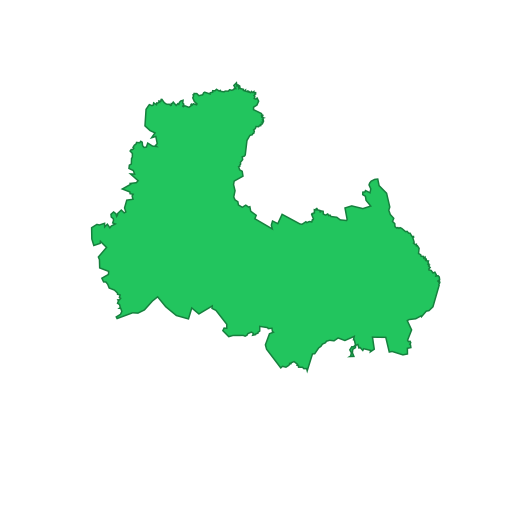 the district of Zaubes pag., Amatas, Latvia, rotated 220°
{"feature_id": "27541924B54710700451151", "entity_name": "Zaubes pag.", "entity_type": "district", "adm_level": 2, "iso_a3": "LVA", "parent_name": "Latvia", "parent_adm1": "Amatas", "projection": "orthographic", "projection_center": [25.326, 56.996], "detail": "fine", "context": "isolated", "style": "filled", "palette": "green", "viewbox_px": 512, "rotation_deg": 220, "n_neighbors": 0, "source": "geoboundaries", "source_scale": "gbopen_adm2", "svg_char_len": 6144}
<svg xmlns="http://www.w3.org/2000/svg" viewBox="0 0 512 512"><g transform="rotate(220 256 256)"><path d="M337.5,364.6L339.4,366.1L339.0,366.7L340.4,366.2L340.9,367.5L341.3,366.5L342.2,367.3L341.8,368.0L343.5,368.6L352.0,366.5L353.5,368.5L352.3,372.2L353.5,376.3L356.7,377.7L356.9,376.1L358.6,375.5L359.3,377.3L360.6,377.7L360.3,378.2L360.9,379.1L360.4,379.8L361.3,380.9L362.6,379.9L363.3,380.6L363.6,379.1L365.3,379.1L365.0,377.7L365.5,377.4L367.6,377.5L368.1,377.2L367.2,376.8L370.1,375.5L370.7,376.3L370.9,375.2L372.1,374.7L372.8,375.6L375.8,374.1L376.9,375.0L376.9,373.4L378.2,374.5L377.7,374.9L377.9,375.7L379.8,375.5L379.9,374.0L382.3,376.1L382.6,372.4L379.2,371.2L380.4,370.3L380.0,369.4L381.0,367.4L383.1,366.4L383.1,364.5L385.6,362.5L386.0,361.2L388.7,359.5L389.8,359.9L390.2,358.7L393.4,358.3L393.6,356.2L395.4,354.8L394.5,353.7L396.0,351.6L395.3,350.6L400.6,348.5L401.0,347.4L400.5,345.2L402.8,342.1L405.7,342.4L407.9,340.7L407.4,339.6L407.8,339.1L406.6,338.2L406.1,336.5L402.4,334.7L399.0,334.6L398.7,333.6L401.9,332.3L401.9,330.7L403.1,330.8L403.0,329.9L402.2,329.8L402.9,326.8L407.1,325.3L407.6,323.7L408.3,323.6L408.9,325.9L410.5,326.1L412.0,328.4L413.3,326.3L413.4,324.4L412.6,322.5L413.8,322.4L413.9,320.0L418.3,320.7L418.1,319.0L418.9,318.3L417.8,317.0L418.1,316.4L419.8,316.6L421.9,314.8L424.8,314.5L428.8,315.5L429.3,315.0L428.4,313.3L429.9,312.4L428.7,311.7L429.5,311.3L429.4,309.8L430.4,309.4L429.5,307.9L432.8,307.5L431.7,305.5L432.4,304.3L435.0,303.4L434.9,301.9L434.5,297.7L424.7,284.3L417.8,284.0L412.5,285.4L412.0,279.5L409.6,283.2L403.9,278.6L404.0,276.0L402.5,276.0L405.8,273.7L411.5,272.9L410.0,269.0L411.5,267.2L413.8,267.6L416.3,270.0L418.0,269.8L417.9,268.0L420.5,266.2L419.9,265.0L420.4,262.6L420.0,260.1L418.9,260.0L418.8,259.1L419.2,257.7L420.0,257.4L419.9,255.5L416.6,255.1L414.2,252.1L414.1,250.8L410.6,246.3L411.4,244.2L409.6,241.4L404.9,242.6L401.6,240.7L404.9,238.2L394.7,237.9L394.8,235.2L399.0,230.7L398.1,230.4L401.5,221.4L393.7,224.0L392.5,222.8L389.8,224.3L389.5,222.4L386.7,220.4L390.9,215.7L387.6,208.3L384.0,206.1L384.7,204.3L388.7,204.6L389.3,199.5L388.5,198.7L388.2,196.8L390.5,198.3L393.4,198.2L393.9,194.7L391.9,192.8L389.4,192.9L388.1,191.8L387.0,189.2L384.4,190.1L386.1,186.0L386.1,183.7L390.3,184.8L390.6,181.0L393.0,183.7L395.9,179.1L398.2,177.9L400.1,172.0L392.7,163.5L387.0,159.8L383.5,165.5L384.6,167.2L376.0,166.5L376.1,153.9L373.6,152.6L368.1,146.4L359.0,149.5L357.2,147.0L359.8,139.9L356.1,138.2L354.3,139.6L351.4,139.0L347.9,137.1L342.5,138.9L338.3,138.6L337.5,137.7L335.0,138.8L334.0,136.4L332.5,136.6L332.4,134.7L333.6,133.6L332.5,133.2L331.7,130.8L329.3,131.1L326.8,129.3L327.1,128.1L325.9,128.9L323.2,127.3L322.3,124.2L323.9,119.5L322.2,118.8L314.0,133.2L309.7,136.4L306.8,143.0L306.4,155.1L305.1,161.5L292.6,159.1L278.8,159.2L267.3,164.4L271.8,174.9L262.5,174.9L257.4,189.6L256.0,187.6L251.7,188.6L234.5,184.9L231.9,181.8L234.1,180.3L233.4,177.5L225.0,176.7L222.6,180.3L214.7,187.0L212.8,187.6L212.0,189.6L212.4,191.2L210.6,194.8L208.1,195.0L207.6,193.2L205.8,195.5L206.1,196.2L204.9,198.1L205.4,198.8L204.9,200.9L207.9,204.5L201.1,208.6L199.9,208.2L197.4,210.9L194.9,208.8L193.7,208.8L195.7,205.1L191.7,194.0L188.0,191.4L165.1,186.2L164.8,188.5L161.6,190.1L160.7,193.0L160.5,194.9L161.1,195.3L160.0,196.1L160.4,196.8L159.0,199.6L154.5,199.7L154.4,198.7L152.8,199.2L151.9,198.2L148.8,200.7L147.0,200.4L144.8,202.3L143.0,201.0L149.8,217.3L148.2,218.9L148.9,226.0L148.2,228.5L148.5,231.2L147.0,234.3L147.3,235.9L145.4,238.8L141.7,241.2L140.4,246.0L133.6,248.4L129.1,257.6L127.5,254.5L126.7,254.9L123.0,252.1L122.6,250.9L123.1,248.9L124.3,248.1L123.8,244.4L120.7,243.1L119.2,240.2L119.5,239.3L116.5,242.0L119.9,243.8L121.9,246.7L120.9,249.7L122.2,251.6L121.1,253.7L118.0,251.7L117.3,252.8L113.5,252.3L113.9,254.2L107.5,257.4L106.8,256.1L105.5,260.6L114.6,268.7L104.3,277.1L92.2,268.1L90.3,270.4L79.9,274.7L77.0,278.3L80.7,282.6L78.5,285.4L80.5,287.2L82.1,287.2L81.3,287.6L81.8,289.1L83.2,289.7L84.2,288.4L85.8,289.0L89.3,299.4L98.6,303.7L97.9,305.7L93.3,310.6L91.1,316.2L90.2,315.8L90.1,323.2L88.4,325.3L87.8,330.8L96.9,351.3L97.6,351.6L98.1,353.8L99.2,354.6L99.4,353.5L100.6,353.7L100.1,355.9L102.1,357.7L103.9,357.9L105.3,356.2L105.8,357.5L108.6,358.6L109.5,356.8L112.5,357.5L114.6,356.5L115.3,357.4L115.2,359.1L117.4,359.3L117.4,360.6L119.0,360.3L118.9,361.2L120.2,361.7L120.7,363.0L122.7,361.7L123.6,361.9L123.2,362.7L123.6,363.1L124.3,362.5L125.8,363.8L126.1,362.2L127.5,363.3L129.3,361.9L130.6,362.8L133.1,362.4L136.0,366.7L139.0,367.6L139.6,366.9L140.7,368.1L141.4,367.1L143.6,367.1L143.7,368.2L148.1,371.1L147.4,371.7L147.9,372.2L149.0,371.2L152.6,372.5L153.7,371.6L156.1,372.0L157.0,370.8L162.1,370.8L163.9,370.3L164.3,369.0L165.6,369.0L166.0,367.9L168.4,367.8L170.5,370.0L173.6,370.2L174.7,373.4L179.8,374.1L183.7,376.4L185.0,379.5L196.3,388.0L206.9,389.0L212.2,393.2L214.3,391.0L215.9,387.3L215.8,384.9L215.1,383.1L211.2,381.2L209.3,377.7L214.2,376.5L213.7,375.1L215.2,373.6L213.7,371.6L210.6,372.1L207.5,369.4L200.2,368.0L204.6,361.0L214.9,355.9L218.7,350.0L209.7,342.6L209.4,341.4L214.7,337.8L219.0,337.6L224.0,334.4L225.6,334.9L226.2,333.7L228.1,334.3L229.0,332.0L231.4,331.4L233.3,333.4L235.1,332.4L234.8,331.3L235.3,331.1L235.2,331.9L236.4,332.0L238.0,331.0L240.0,331.5L240.3,330.9L239.6,329.8L241.1,329.0L239.0,326.6L239.9,325.3L239.6,324.5L240.3,324.3L240.1,323.6L235.9,321.4L235.6,320.4L236.1,320.0L235.2,317.9L237.3,316.7L238.5,314.2L239.8,314.3L241.1,309.9L242.9,308.8L262.8,304.7L260.1,294.8L265.8,293.4L264.1,289.5L260.9,287.2L280.8,283.8L282.0,287.3L288.8,286.9L292.4,289.8L293.1,288.7L296.5,288.4L297.8,284.5L302.3,283.8L304.8,285.9L308.1,285.5L311.0,286.9L314.0,292.5L319.1,296.3L320.6,298.8L320.8,299.6L317.3,308.8L321.0,312.0L323.9,311.5L326.8,313.3L326.1,314.4L326.9,315.3L326.9,316.6L328.1,317.6L328.2,321.3L330.3,323.1L329.1,325.1L329.2,326.5L337.2,338.7L338.2,344.5L336.8,346.5L337.2,347.8L336.6,348.5L337.5,350.5L338.9,351.1L338.4,353.2L339.2,355.2L337.1,356.7L337.2,357.6L336.2,359.0L337.1,359.5L336.1,361.2L336.4,362.4L337.2,362.4L336.6,363.1L336.9,363.7L338.2,364.4L337.5,364.6Z" fill="#22c55e" stroke="#15803d" stroke-width="1.5"/></g></svg>